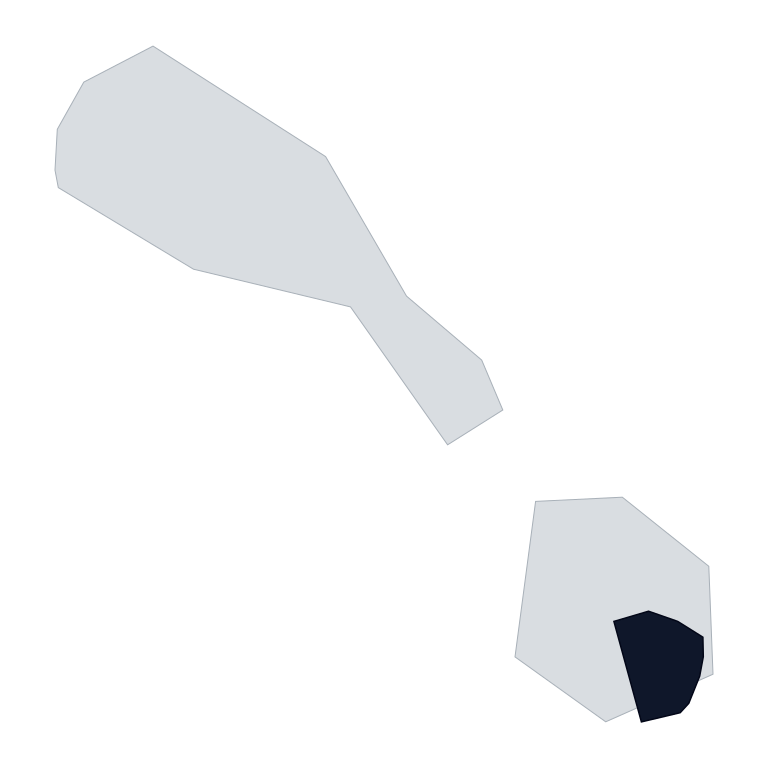 Saint Kitts and Nevis, with Saint George Gingerland highlighted
{"feature_id": "KNA-5102", "entity_name": "Saint George Gingerland", "entity_type": "Parish", "adm_level": 1, "iso_a3": "KNA", "parent_name": "Saint Kitts and Nevis", "parent_adm1": "", "projection": "orthographic", "projection_center": [-62.55, 17.125], "detail": "fine", "context": "in_parent", "style": "filled", "palette": "ink", "viewbox_px": 768, "rotation_deg": 0, "n_neighbors": 0, "source": "natural_earth", "source_scale": "10m", "svg_char_len": 549}
<svg xmlns="http://www.w3.org/2000/svg" viewBox="0 0 768 768"><path d="M502.8,410.0L447.6,444.8L350.5,306.9L193.5,269.2L58.3,187.6L55.0,170.1L57.3,129.3L83.8,82.1L153.0,46.1L325.6,156.6L406.5,296.1L481.7,360.1L502.8,410.0ZM713.0,674.2L605.7,721.8L515.0,656.9L535.6,501.4L622.3,497.2L708.8,566.3L713.0,674.2Z" fill="#d9dde1" stroke="#a8b0b8" stroke-width="1"/><path d="M702.9,637.2L703.3,656.7L699.7,676.1L688.8,703.3L680.2,712.7L641.4,721.9L613.9,621.4L648.5,611.2L677.7,621.4L702.9,637.2Z" fill="#0f172a" stroke="#020617" stroke-width="1.5"/></svg>